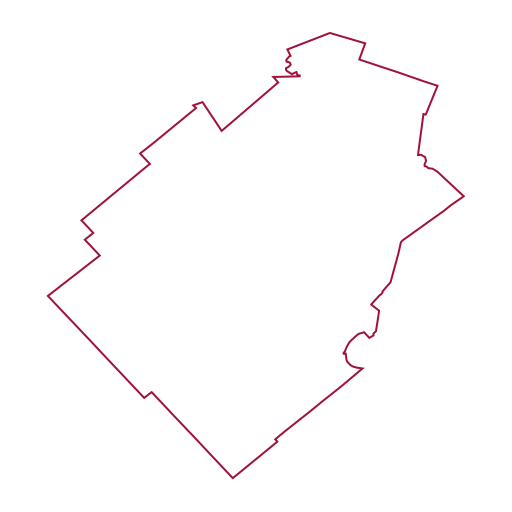 the district of Furculesti, Teleorman, Romania, rotated 179°
{"feature_id": "2599482B14678556390111", "entity_name": "Furculesti", "entity_type": "district", "adm_level": 2, "iso_a3": "ROU", "parent_name": "Romania", "parent_adm1": "Teleorman", "projection": "natural_earth1", "projection_center": [25.141, 43.878], "detail": "fine", "context": "isolated", "style": "outline", "palette": "rose", "viewbox_px": 512, "rotation_deg": 179, "n_neighbors": 0, "source": "geoboundaries", "source_scale": "gbopen_adm2", "svg_char_len": 1936}
<svg xmlns="http://www.w3.org/2000/svg" viewBox="0 0 512 512"><g transform="rotate(179 256 256)"><path d="M464.8,219.7L464.1,219.0L461.9,216.6L458.2,212.5L456.0,210.1L446.3,199.5L435.1,187.3L421.6,172.5L418.5,169.1L409.2,158.8L370.3,116.1L362.7,121.7L338.6,95.2L332.7,88.8L326.4,81.9L324.5,79.9L323.1,78.4L306.2,59.7L283.1,34.3L249.5,60.8L237.9,70.0L240.0,72.3L239.0,73.2L234.8,76.5L228.5,81.5L225.3,83.9L213.3,93.1L207.6,97.4L191.8,109.8L173.5,123.8L151.5,141.7L157.5,142.7L159.4,143.3L161.3,143.9L163.8,145.6L166.6,148.7L167.3,150.6L168.0,156.8L169.8,156.6L170.2,157.3L169.5,158.3L168.8,159.0L167.1,163.1L165.8,165.4L164.1,168.1L162.8,169.5L158.7,173.2L154.9,176.3L153.2,176.8L151.3,177.2L149.3,177.9L145.3,173.5L144.2,172.2L139.9,174.5L139.9,176.3L137.3,178.8L136.9,181.4L136.1,185.9L135.1,191.8L134.6,194.6L134.1,197.8L133.9,199.2L137.0,201.7L141.7,205.4L141.6,205.6L133.0,214.7L132.1,215.1L131.1,216.1L130.2,217.1L130.1,218.4L121.9,227.5L118.9,237.9L113.8,255.2L110.9,267.1L109.4,268.9L81.0,288.5L67.3,297.9L60.3,303.4L47.6,311.8L47.2,312.1L53.9,318.5L72.9,336.9L74.7,338.1L77.9,340.2L82.2,340.8L83.5,342.2L85.7,343.0L86.0,343.8L85.5,345.5L84.3,348.0L85.2,352.0L89.3,354.3L92.2,354.1L91.9,356.8L86.1,395.0L83.9,394.4L83.6,394.9L82.6,397.2L74.9,415.2L71.5,423.0L85.7,427.9L107.1,435.8L109.8,436.8L136.6,446.2L148.9,450.5L149.3,450.7L143.1,466.7L178.3,477.7L221.0,462.0L218.0,455.5L219.4,454.9L221.6,452.3L222.4,451.2L222.0,449.7L220.2,449.4L218.9,448.8L218.0,447.0L218.2,446.3L220.2,444.5L222.7,443.3L222.7,441.7L222.1,440.6L216.8,437.1L214.8,438.3L212.4,439.2L212.1,438.1L211.6,436.9L211.4,436.0L210.7,435.6L210.0,435.9L209.1,435.7L209.2,434.9L235.5,434.7L230.8,429.1L282.9,386.0L288.2,381.7L291.4,386.8L306.8,410.8L316.1,407.7L313.4,405.0L314.1,404.4L357.3,370.2L370.1,360.5L365.3,355.2L360.5,349.9L368.6,343.6L429.9,294.7L418.3,281.9L426.9,275.3L412.2,259.2L464.8,219.7Z" fill="none" stroke="#9f1239" stroke-width="2"/></g></svg>